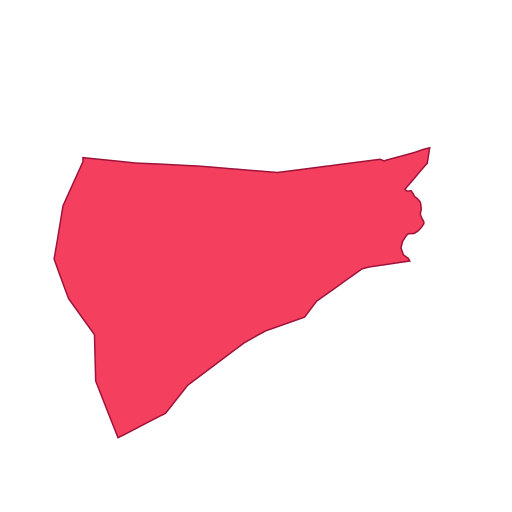 outline of Mashr'ah Wa Hadnan, Ta`izz, Yemen, rotated 75°
{"feature_id": "15242507B63057438613217", "entity_name": "Mashr'ah Wa Hadnan", "entity_type": "district", "adm_level": 2, "iso_a3": "YEM", "parent_name": "Yemen", "parent_adm1": "Ta`izz", "projection": "orthographic", "projection_center": [43.997, 13.541], "detail": "fine", "context": "isolated", "style": "filled", "palette": "rose", "viewbox_px": 512, "rotation_deg": 75, "n_neighbors": 0, "source": "geoboundaries", "source_scale": "gbopen_adm2", "svg_char_len": 1491}
<svg xmlns="http://www.w3.org/2000/svg" viewBox="0 0 512 512"><g transform="rotate(75 256 256)"><path d="M300.6,108.7L297.5,109.6L296.2,110.8L293.0,113.3L285.6,113.9L284.5,113.2L279.8,110.6L278.8,109.5L278.3,108.9L276.3,106.8L274.3,104.1L274.0,102.7L275.2,97.5L273.8,93.1L271.1,88.8L270.8,88.5L270.0,87.5L268.4,85.6L267.6,85.4L266.5,85.0L264.9,85.4L260.8,86.3L258.5,86.4L257.9,86.4L253.4,84.2L248.1,83.4L245.7,83.6L241.8,85.6L239.8,87.4L238.9,87.6L236.1,88.2L235.0,88.7L233.2,89.1L232.9,90.4L232.6,93.2L230.9,94.3L230.0,94.7L229.6,94.2L221.8,82.8L215.5,73.8L211.5,67.8L211.0,66.7L210.3,66.4L201.2,62.3L196.4,60.2L196.3,66.3L197.0,76.4L197.1,105.7L197.4,107.7L194.7,111.0L191.3,136.1L190.2,144.4L189.1,152.3L188.0,161.3L187.2,166.5L186.1,175.1L181.4,210.0L181.1,211.8L181.0,212.7L180.8,213.9L180.4,215.1L179.5,217.6L178.9,219.4L177.6,222.9L174.5,231.5L172.3,237.9L166.9,252.8L165.9,255.8L157.9,277.9L155.0,286.2L154.3,288.1L153.8,289.5L151.4,297.2L141.9,326.3L135.1,348.1L129.5,362.6L116.2,397.7L120.1,398.7L144.2,418.5L157.4,429.3L159.7,430.4L188.0,443.2L205.8,451.4L206.5,451.8L221.3,450.6L248.6,448.1L290.2,432.4L335.2,443.2L369.9,439.3L395.8,436.3L394.2,428.5L390.1,410.0L389.4,406.9L385.5,389.1L385.5,388.5L384.6,384.2L379.0,376.6L375.1,371.5L371.0,365.9L363.2,355.5L341.3,301.2L336.8,289.8L333.0,275.1L330.8,266.0L327.6,224.9L315.3,209.1L312.2,200.7L307.6,188.3L302.6,175.1L296.2,157.8L295.9,157.1L295.9,149.7L300.6,108.7Z" fill="#f43f5e" stroke="#9f1239" stroke-width="1.5"/></g></svg>